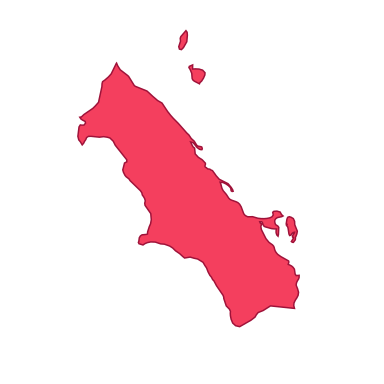 the Governorate of Al Hudaydah, rotated 155°
{"feature_id": "YEM-151", "entity_name": "Al Hudaydah", "entity_type": "Governorate", "adm_level": 1, "iso_a3": "YEM", "parent_name": "Yemen", "parent_adm1": "", "projection": "orthographic", "projection_center": [43.034, 14.789], "detail": "fine", "context": "isolated", "style": "filled", "palette": "rose", "viewbox_px": 384, "rotation_deg": 155, "n_neighbors": 0, "source": "natural_earth", "source_scale": "10m", "svg_char_len": 4256}
<svg xmlns="http://www.w3.org/2000/svg" viewBox="0 0 384 384"><g transform="rotate(155 192 192)"><path d="M205.9,340.7L206.0,337.8L205.4,333.1L201.2,325.0L200.6,323.6L199.3,312.7L198.5,311.5L190.1,302.5L187.2,295.4L184.5,289.4L181.6,285.3L180.1,275.3L179.0,270.6L177.8,266.6L175.4,259.9L171.8,247.7L170.7,245.0L170.1,240.9L168.5,237.1L168.0,232.9L167.7,231.7L167.0,230.9L164.6,229.2L164.1,228.5L164.4,226.9L165.0,226.2L165.9,226.5L167.2,227.6L168.6,230.2L170.1,236.2L172.1,237.9L172.1,234.1L171.9,232.3L171.1,230.7L173.0,225.2L171.6,220.8L169.1,216.8L167.7,212.5L168.0,211.6L169.2,210.2L169.5,209.5L169.3,208.6L169.0,208.3L168.7,208.0L168.1,206.4L167.2,205.8L166.4,205.3L166.0,204.9L165.7,204.2L165.1,203.5L164.4,202.7L163.5,198.1L163.3,196.7L161.9,192.0L155.8,184.3L154.5,179.5L154.2,176.7L154.4,175.3L155.4,175.5L156.0,176.5L155.8,177.4L155.4,178.5L155.4,179.9L156.3,182.4L157.9,185.1L159.9,187.5L162.4,189.0L162.5,187.1L163.3,182.7L163.2,180.0L161.9,175.3L161.3,170.9L160.7,169.3L159.6,167.9L156.3,164.7L154.9,163.0L154.0,160.8L153.7,157.7L154.3,150.5L153.7,148.2L152.0,146.0L147.5,144.0L143.4,140.4L140.8,138.8L138.0,137.4L135.3,136.4L132.5,135.7L130.0,135.7L128.1,136.8L127.4,139.5L126.0,139.9L123.1,138.8L120.6,136.6L120.4,133.7L119.6,131.8L121.0,131.7L125.3,132.7L127.4,132.4L128.8,131.5L129.6,130.1L130.0,128.3L129.9,126.9L128.6,124.9L128.3,123.3L131.6,117.0L132.7,115.6L133.3,117.3L133.0,119.5L132.1,121.5L131.0,122.8L133.4,124.0L135.4,125.2L140.5,129.6L141.2,130.6L141.4,132.3L141.1,134.8L141.5,135.6L143.2,136.4L143.3,135.3L143.1,134.6L142.8,134.1L142.3,133.7L144.2,131.6L145.0,128.7L144.7,118.5L143.5,113.8L141.4,110.1L140.9,108.3L141.0,106.8L141.3,105.4L141.5,103.8L141.4,102.2L141.1,100.7L140.6,99.1L138.7,95.8L133.6,88.7L133.8,87.6L135.4,85.7L134.2,84.4L133.0,82.8L132.2,81.0L131.8,78.8L133.2,74.1L132.9,72.2L130.1,71.2L131.1,69.2L132.3,68.0L133.8,67.1L135.4,65.8L136.5,64.4L137.0,63.3L137.1,61.9L137.2,59.8L137.8,56.1L139.5,53.5L141.8,51.7L144.1,50.3L146.5,48.3L147.8,46.0L148.3,43.2L169.0,55.6L177.6,54.5L183.0,54.8L185.8,53.4L187.7,52.0L192.6,50.9L205.7,49.8L209.0,52.4L210.5,56.0L210.3,60.2L209.5,63.5L208.6,65.8L207.6,67.6L207.6,70.0L209.1,74.3L208.2,82.0L207.7,83.3L207.5,85.1L209.4,96.6L209.7,102.3L210.3,103.8L210.4,106.7L211.0,108.9L211.2,112.7L210.9,117.0L211.4,120.0L211.7,123.6L215.2,128.9L218.0,131.0L221.2,133.8L226.6,135.3L227.7,137.6L229.2,141.3L231.8,145.7L233.2,149.5L235.1,152.5L239.1,156.4L242.3,158.2L246.4,162.1L250.5,164.2L253.9,165.0L256.4,165.1L258.8,164.7L261.9,167.5L261.9,169.0L261.1,169.7L259.1,172.8L257.3,174.0L255.4,174.3L251.4,172.9L250.1,172.7L249.1,174.6L245.4,178.6L243.0,180.7L240.6,184.1L238.5,189.9L240.2,199.7L239.6,201.8L238.1,203.7L237.7,206.0L237.9,208.3L238.3,210.3L237.8,212.5L238.2,215.0L243.3,228.4L243.6,230.5L245.3,233.8L245.7,235.4L245.8,238.8L245.4,241.3L240.9,246.8L238.4,246.9L237.5,248.7L241.8,266.8L241.9,271.3L243.6,275.7L245.8,277.6L248.7,279.5L252.7,280.8L259.9,285.1L262.4,286.2L264.5,285.9L266.1,284.4L268.0,283.3L269.6,282.0L271.6,281.1L272.0,284.8L272.6,287.1L271.9,290.7L266.9,298.7L264.9,300.0L263.7,299.2L261.7,298.3L259.4,299.4L259.0,301.1L260.8,303.4L261.8,305.1L262.1,307.2L260.5,306.8L257.2,307.9L246.5,309.7L243.4,310.8L238.8,312.8L229.1,325.6L227.8,328.1L226.4,329.8L223.6,330.3L219.1,331.6L215.3,333.2L206.3,340.5L205.9,340.7L205.9,340.7ZM138.6,287.8L139.5,286.9L143.1,291.5L143.9,293.3L143.9,294.8L142.1,299.6L141.9,303.8L142.2,306.1L141.3,307.0L137.7,306.9L139.5,303.2L136.8,302.1L133.6,300.4L132.4,299.3L130.9,298.0L130.7,297.4L129.8,294.6L130.9,292.6L133.5,290.3L136.5,288.4L138.6,287.8ZM122.9,105.1L119.7,107.2L119.3,108.1L119.8,108.3L119.9,108.9L119.4,109.8L118.2,110.6L116.4,111.6L116.0,112.2L117.4,112.5L119.0,112.1L120.7,111.1L121.9,111.3L121.9,112.9L120.4,118.0L120.0,119.8L120.3,120.9L120.0,121.9L119.4,122.5L119.5,122.7L120.3,122.5L120.1,123.3L117.5,127.2L116.0,128.6L114.3,128.5L112.9,127.3L111.4,125.1L111.4,122.1L112.7,118.9L113.1,112.0L114.6,109.8L116.3,108.1L117.5,107.1L118.0,105.9L118.6,105.0L121.4,103.5L122.3,104.0L122.9,105.1ZM133.2,330.4L138.7,326.5L141.4,325.5L143.0,326.8L142.6,329.3L138.7,333.5L137.7,336.3L136.4,337.6L129.3,340.8L129.0,339.2L128.9,338.9L129.9,336.1L133.2,330.4Z" fill="#f43f5e" stroke="#9f1239" stroke-width="1.5"/></g></svg>